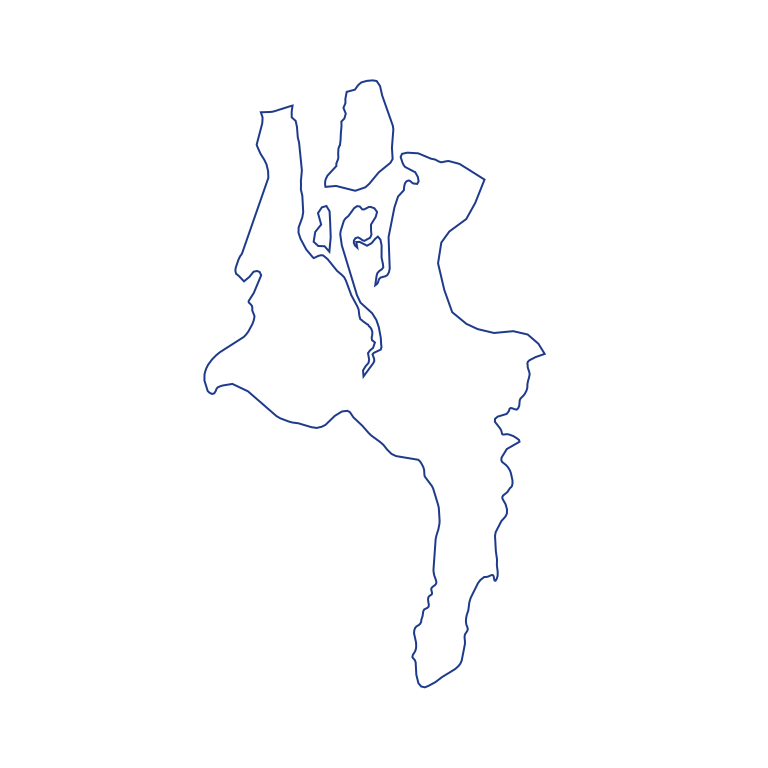 Guayas, Robinson projection, rotated 159°
{"feature_id": "ECU-1280", "entity_name": "Guayas", "entity_type": "Province", "adm_level": 1, "iso_a3": "ECU", "parent_name": "Ecuador", "parent_adm1": "", "projection": "robinson", "projection_center": [-79.898, -1.951], "detail": "fine", "context": "isolated", "style": "outline", "palette": "blue", "viewbox_px": 768, "rotation_deg": 159, "n_neighbors": 0, "source": "natural_earth", "source_scale": "10m", "svg_char_len": 5858}
<svg xmlns="http://www.w3.org/2000/svg" viewBox="0 0 768 768"><g transform="rotate(159 384 384)"><path d="M369.6,676.7L372.6,671.3L374.6,666.0L372.2,661.3L373.1,655.3L376.2,644.8L376.7,640.1L384.1,612.9L389.1,602.7L389.6,601.0L391.9,595.3L392.8,589.0L397.8,573.5L400.5,568.9L407.6,560.7L409.6,555.9L409.9,549.5L408.4,537.5L405.2,528.2L404.5,526.7L399.3,527.1L396.6,526.8L394.7,525.8L391.9,520.8L387.3,506.5L384.4,501.2L382.9,497.9L382.5,494.2L382.7,478.6L381.1,466.1L381.0,462.6L382.5,456.8L382.9,453.1L381.8,451.5L381.4,450.5L378.4,445.9L377.6,445.1L377.3,443.3L376.6,442.0L376.1,440.1L376.2,436.9L377.4,434.0L378.9,431.7L379.5,429.3L377.6,426.0L381.3,421.6L385.0,420.4L387.9,418.5L389.1,412.2L390.9,409.2L394.8,407.2L398.7,404.2L400.4,398.4L386.4,407.4L384.9,408.8L384.2,411.1L384.1,415.8L382.4,416.7L374.7,417.3L373.0,419.5L372.6,421.6L370.5,428.1L368.5,438.8L368.2,446.5L369.7,454.3L376.8,468.4L377.4,476.6L373.7,528.6L371.2,539.5L369.6,542.4L363.1,550.6L360.8,552.3L357.0,553.6L348.8,558.9L345.4,559.7L343.0,558.4L341.7,554.8L339.8,554.1L334.7,554.7L333.0,554.1L330.0,551.5L328.8,547.1L331.9,542.9L339.0,537.5L341.1,531.9L342.2,527.9L344.6,525.5L351.0,524.7L352.5,525.8L353.9,528.1L355.7,530.2L358.3,530.4L360.6,528.8L361.6,526.6L361.5,523.8L360.1,520.9L359.0,526.5L355.8,525.4L350.3,519.2L345.1,519.9L340.4,522.6L336.9,523.8L335.6,520.1L336.6,514.2L341.0,502.8L342.0,496.4L342.9,493.1L345.1,491.8L347.8,491.2L350.3,490.0L352.0,487.9L356.8,479.3L354.7,479.9L353.5,480.7L351.0,483.7L349.0,484.6L344.2,484.1L342.0,484.4L339.4,486.5L337.3,489.7L327.1,519.5L311.0,545.1L303.7,554.0L296.0,557.8L294.3,561.3L292.5,563.8L290.3,565.2L288.1,565.2L286.8,564.1L286.0,562.4L284.8,560.7L281.3,558.9L279.0,560.9L278.2,565.3L279.0,570.7L279.9,571.5L286.4,578.9L287.2,581.1L287.4,584.2L287.1,590.0L284.7,592.4L279.3,591.6L269.4,587.1L259.4,577.5L255.9,575.3L252.9,571.9L251.5,570.7L250.0,570.2L245.8,569.6L243.6,568.9L234.6,562.4L216.9,538.8L234.0,520.3L248.1,508.5L268.3,503.0L279.8,495.5L290.3,477.3L294.0,450.2L294.6,426.6L285.5,410.6L276.9,401.7L263.0,392.2L244.4,387.0L232.1,378.7L225.4,366.2L223.2,354.5L233.0,354.8L239.8,354.0L241.7,353.2L242.8,351.8L243.2,349.9L243.8,348.2L244.0,346.1L244.0,343.8L244.5,340.9L246.4,337.9L248.4,335.3L250.2,332.4L251.5,329.2L253.3,326.8L256.1,324.3L258.4,323.0L261.8,321.5L263.2,320.0L265.5,315.3L267.3,313.4L269.3,312.5L271.0,313.6L272.8,315.2L274.3,316.2L275.7,315.8L277.1,314.0L280.2,312.1L289.5,312.8L292.8,311.7L294.0,309.0L291.6,301.2L291.2,298.7L291.4,296.6L291.7,295.2L291.1,294.2L289.6,293.7L287.1,293.1L284.9,291.7L281.8,288.9L279.3,285.5L278.0,283.3L278.2,281.5L292.6,279.3L300.6,273.2L301.8,270.8L301.7,269.0L299.0,264.4L298.0,261.5L297.4,258.2L297.5,255.1L298.6,248.0L299.7,245.0L301.2,242.8L302.3,242.1L303.8,241.6L307.5,238.9L312.8,237.2L314.1,236.0L314.5,234.4L313.6,228.1L314.1,222.8L315.7,219.0L318.3,216.6L323.5,214.0L332.8,205.7L334.8,202.4L339.5,187.8L341.4,179.6L343.6,174.3L345.1,168.1L346.7,164.1L348.9,161.4L350.4,160.4L351.2,160.9L351.0,162.9L350.5,165.3L350.9,166.6L352.2,167.1L355.9,166.9L357.7,167.2L359.7,167.9L364.2,166.5L367.6,164.4L379.7,153.3L382.5,149.7L386.4,142.5L389.5,138.7L391.3,135.9L392.5,133.3L393.1,131.2L393.4,129.3L393.3,127.4L393.6,125.1L394.7,123.7L398.3,121.1L399.6,118.6L400.5,115.2L401.6,112.3L410.6,97.9L413.0,95.5L415.9,93.8L419.7,92.4L434.9,89.6L442.6,87.3L450.9,86.2L454.6,86.2L457.7,88.3L459.1,92.4L458.0,101.0L454.2,112.8L454.2,115.3L455.0,117.3L455.4,118.9L453.9,121.0L452.0,122.3L450.1,124.0L448.6,126.1L447.4,129.1L446.7,131.3L445.3,140.5L444.0,143.2L442.4,145.1L440.4,146.1L438.2,146.4L436.1,147.2L434.5,148.7L433.7,150.4L431.1,153.6L428.9,157.6L427.3,159.1L423.6,159.5L422.1,160.2L421.2,162.0L420.6,165.3L420.0,167.3L419.1,168.9L417.7,169.8L416.1,170.2L415.1,170.3L414.3,171.1L413.9,172.4L413.5,175.5L412.6,176.6L411.4,177.2L408.8,177.9L407.8,178.3L406.8,179.1L406.1,180.3L405.8,182.0L405.7,187.3L405.2,190.1L404.5,192.6L391.3,220.8L389.4,223.7L385.2,229.0L382.2,233.9L381.1,236.4L377.3,248.5L376.8,251.6L375.6,268.5L375.8,271.4L379.1,283.0L378.8,284.8L377.3,289.5L377.1,292.7L377.6,296.6L378.2,299.1L379.2,301.0L398.6,312.4L402.0,316.0L404.5,321.4L406.3,327.2L408.5,331.4L414.3,340.4L415.9,343.8L419.2,352.8L424.5,363.8L425.9,369.9L427.8,372.1L433.1,373.4L441.3,371.9L453.3,366.8L457.5,366.4L462.6,367.1L467.2,369.7L478.0,378.0L483.2,380.8L486.1,382.9L493.1,389.1L495.9,392.6L513.6,425.9L525.5,438.4L535.1,440.4L537.9,440.6L540.6,440.4L542.2,439.4L543.7,437.7L545.9,436.1L548.1,436.3L550.0,438.4L551.1,440.6L550.4,451.6L548.2,457.1L546.9,459.1L544.5,462.1L541.3,465.0L535.8,468.5L530.3,471.0L525.7,472.5L497.9,478.2L495.0,479.6L491.7,481.7L485.3,487.2L482.8,490.1L480.6,493.6L480.6,500.0L479.6,502.4L479.3,504.4L480.1,506.6L481.0,508.5L480.7,509.9L472.9,515.7L459.7,529.5L460.0,533.2L462.0,535.0L465.5,535.6L471.1,532.3L477.9,530.0L480.8,536.9L482.6,540.0L482.2,543.0L480.8,545.6L475.6,551.9L473.6,553.9L472.2,555.1L470.8,555.9L469.7,556.8L418.1,617.9L415.9,624.3L415.0,631.1L415.4,636.1L416.8,643.3L417.2,651.0L417.1,653.1L404.3,670.9L402.7,674.3L401.8,676.6L401.6,681.8L392.0,678.5L389.6,678.0L371.5,676.9L369.6,676.7L369.6,676.7ZM330.9,574.3L341.6,574.7L357.8,586.1L368.0,589.0L367.6,591.0L366.9,593.0L366.0,594.7L364.8,596.3L362.1,598.8L350.3,604.6L349.5,606.9L346.2,610.5L345.4,612.0L344.0,616.1L342.1,620.2L340.1,622.5L339.6,622.6L337.1,627.4L334.3,633.8L331.3,639.9L329.7,644.3L325.9,646.0L322.8,650.1L322.9,656.3L319.3,660.1L317.9,664.0L314.1,670.1L305.7,669.2L301.0,672.3L297.0,673.7L291.2,673.1L285.7,671.5L282.3,669.5L280.9,663.6L282.3,654.1L283.2,622.0L284.0,618.4L291.9,601.8L295.3,591.0L298.7,588.2L313.0,583.5L326.0,576.2L330.9,574.3ZM387.6,527.1L390.1,533.9L395.9,536.4L398.7,542.0L393.7,550.6L385.5,555.4L384.4,567.2L378.7,571.2L374.0,570.8L372.9,564.8L376.2,554.6L381.2,540.0L387.6,527.1Z" fill="none" stroke="#1e3a8a" stroke-width="2"/></g></svg>